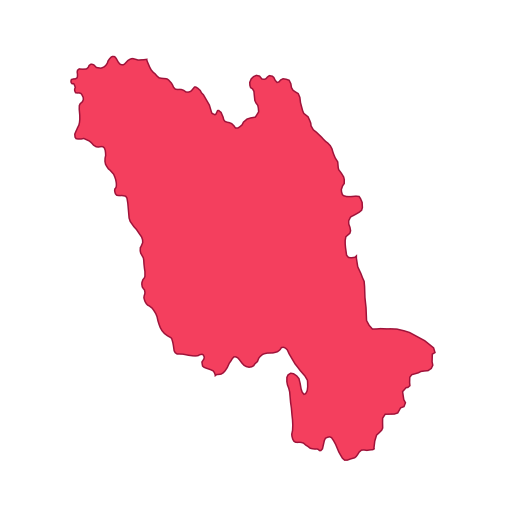 Lyepyel, Vitebsk, Belarus (Natural Earth projection), rotated 265°
{"feature_id": "67162791B29799454608156", "entity_name": "Lyepyel", "entity_type": "district", "adm_level": 2, "iso_a3": "BLR", "parent_name": "Belarus", "parent_adm1": "Vitebsk", "projection": "natural_earth1", "projection_center": [28.695, 54.828], "detail": "fine", "context": "isolated", "style": "filled", "palette": "rose", "viewbox_px": 512, "rotation_deg": 265, "n_neighbors": 0, "source": "geoboundaries", "source_scale": "gbopen_adm2", "svg_char_len": 6065}
<svg xmlns="http://www.w3.org/2000/svg" viewBox="0 0 512 512"><g transform="rotate(265 256 256)"><path d="M457.5,97.6L457.8,96.2L456.6,94.4L454.9,93.9L452.6,94.0L450.6,93.8L449.2,93.4L448.2,91.6L448.3,90.0L447.9,87.5L446.4,86.9L444.8,87.0L443.6,87.9L443.6,89.2L443.1,89.7L442.2,90.0L439.8,90.7L438.1,89.9L436.4,89.8L434.4,90.5L434.0,92.1L433.9,93.9L433.3,95.6L432.1,96.5L429.0,97.7L426.8,97.6L424.9,96.6L423.0,94.1L421.2,93.1L417.6,92.7L411.6,92.7L407.6,92.4L404.4,91.8L401.9,91.0L399.3,89.4L397.6,88.5L395.9,87.5L393.2,86.1L390.2,86.1L388.6,87.0L388.1,88.8L387.8,92.1L388.1,94.7L385.2,99.8L383.9,101.2L382.4,102.5L380.6,103.8L378.8,106.2L378.3,108.3L378.5,111.4L378.2,113.0L376.8,114.4L374.4,115.0L371.8,115.1L369.2,115.0L366.7,114.2L363.5,113.8L360.5,114.1L358.3,115.1L355.6,116.6L354.3,118.0L349.9,121.3L346.8,122.3L344.2,122.9L341.0,123.2L338.7,123.1L336.9,122.7L335.9,122.1L335.2,121.3L333.6,120.9L332.0,121.0L330.2,121.4L328.7,122.5L328.3,123.9L328.0,125.9L328.0,127.5L327.4,129.9L326.9,131.4L324.9,132.5L319.8,132.9L308.3,132.9L304.9,132.9L301.4,133.7L295.9,136.9L292.9,139.2L289.3,141.2L284.9,143.7L282.0,144.4L279.2,144.3L275.6,142.4L274.4,141.5L271.2,141.1L268.9,141.4L264.0,143.6L261.7,143.8L257.7,143.7L253.1,143.8L250.2,144.0L245.4,143.6L243.8,142.8L242.3,141.3L239.7,140.1L237.9,139.8L235.1,140.0L233.2,141.0L232.1,141.9L229.4,142.2L227.9,141.9L226.0,141.1L224.1,140.7L221.9,141.1L220.3,141.5L218.0,142.6L216.5,143.8L215.5,145.4L213.2,147.9L210.8,149.4L207.4,151.1L204.3,152.1L199.8,152.7L196.2,153.5L193.0,154.4L189.9,155.8L186.8,158.0L184.3,160.8L182.1,164.0L181.1,164.8L178.7,165.3L177.1,165.6L174.0,165.9L168.7,166.2L166.7,167.1L165.3,168.8L165.0,171.6L164.6,174.6L163.7,177.8L163.0,180.1L162.0,184.7L161.7,187.4L161.8,189.6L162.6,191.4L162.8,193.7L162.1,194.8L159.9,195.7L157.9,195.1L155.1,192.9L152.8,193.0L151.0,193.2L149.7,194.5L148.8,196.2L146.7,200.9L145.3,203.3L143.6,204.3L141.3,205.0L140.4,205.0L141.3,206.4L141.3,208.8L141.4,210.9L142.5,213.2L144.3,215.2L147.3,217.6L151.5,220.0L153.7,221.9L155.9,223.5L157.5,225.3L157.3,227.1L156.2,228.9L154.2,230.4L150.5,232.7L148.1,234.6L146.7,236.7L145.8,239.4L146.0,242.0L146.9,244.1L148.7,245.5L150.7,248.2L153.9,249.8L155.5,251.3L157.4,254.0L157.9,255.7L158.3,258.7L158.0,264.5L158.4,267.2L158.8,269.1L160.2,271.3L161.1,272.2L162.6,273.4L162.7,275.3L162.2,276.5L161.3,277.7L159.8,279.0L155.6,280.5L145.1,285.5L141.5,287.9L138.1,290.0L132.2,294.3L127.8,296.4L125.8,296.4L121.2,296.1L117.9,295.4L116.5,294.8L114.5,293.4L114.0,291.7L116.4,290.1L119.9,289.3L124.9,288.9L130.1,288.1L133.0,286.1L135.4,283.2L136.2,280.4L134.8,277.6L132.4,276.2L128.2,275.8L124.9,276.1L121.4,277.1L117.6,277.7L113.5,277.7L107.0,277.7L101.6,278.0L94.5,278.0L89.6,278.1L84.3,277.9L79.0,277.2L75.4,276.1L73.4,276.1L70.4,276.6L68.2,277.6L67.1,279.0L66.7,281.0L66.7,282.6L66.4,284.6L65.5,287.0L63.2,289.2L61.8,291.1L59.8,293.2L59.2,294.9L58.6,297.6L58.4,300.0L57.9,301.2L56.6,302.3L56.5,303.6L58.1,305.4L66.2,308.0L68.4,309.3L69.1,311.2L69.5,313.5L68.5,315.4L65.3,317.2L61.4,318.9L53.6,321.4L50.5,322.8L47.0,324.5L44.9,326.5L44.7,329.2L45.6,332.5L46.4,336.7L47.5,338.3L49.3,339.9L51.7,341.7L53.4,344.1L53.4,346.5L52.7,349.5L52.9,352.8L52.9,355.5L53.6,356.9L54.7,356.8L61.3,358.2L67.1,360.5L68.9,362.9L71.5,366.0L73.6,367.2L79.4,367.6L83.4,368.0L87.1,370.9L86.5,380.0L87.3,383.5L92.1,386.8L93.1,390.3L96.8,392.1L100.0,390.7L108.1,390.2L111.8,394.1L111.8,395.8L113.4,398.0L116.6,398.0L121.8,398.6L124.2,400.8L125.5,407.6L126.6,410.2L126.8,413.9L126.8,417.4L128.7,420.8L131.8,422.6L135.3,422.2L142.9,423.1L144.2,425.9L149.0,424.9L156.9,416.7L166.4,402.3L168.5,397.2L170.9,390.0L171.7,383.9L172.0,379.8L172.8,373.7L172.8,369.8L173.1,365.6L177.0,362.7L182.0,360.5L195.0,361.1L205.0,360.9L216.3,361.5L221.3,361.5L225.0,360.2L229.2,359.0L236.4,356.4L245.1,355.8L247.3,356.0L246.1,354.5L245.9,350.6L246.5,348.0L248.9,346.3L256.5,345.9L260.2,345.9L263.8,346.2L267.4,347.2L270.5,351.5L272.9,352.4L276.3,352.1L279.7,351.2L283.0,351.4L286.2,353.3L287.0,354.3L287.8,356.4L289.2,359.6L290.6,362.6L292.4,365.2L295.0,366.2L300.1,366.4L304.1,365.1L306.3,363.9L306.9,360.8L306.9,355.6L307.3,351.5L308.4,348.6L309.6,347.4L312.4,346.8L314.8,346.8L318.4,348.4L320.5,350.2L324.3,350.6L327.1,350.2L330.9,348.3L334.8,345.9L336.8,345.6L342.6,345.6L346.9,343.4L350.7,342.2L353.1,341.6L356.2,341.0L359.4,339.6L362.2,337.4L364.0,335.4L366.6,333.2L368.5,331.8L374.1,326.9L376.7,324.1L380.8,322.2L383.6,322.1L386.4,321.3L390.1,320.0L393.9,316.0L396.7,315.1L404.8,313.7L410.2,313.5L414.1,312.2L415.9,309.7L417.9,307.3L420.7,306.0L424.6,305.7L428.2,304.3L429.4,301.6L430.2,298.4L429.2,295.9L427.4,294.0L427.0,292.1L429.4,290.4L432.3,289.3L433.7,287.9L434.5,285.0L433.3,283.0L431.7,281.3L431.3,279.7L431.7,277.4L434.9,275.2L435.9,272.1L434.9,269.2L432.9,266.7L429.5,264.9L426.5,264.8L424.2,265.3L422.8,267.1L420.2,268.3L416.8,268.3L411.1,268.4L408.5,269.3L405.9,270.9L403.4,271.2L399.4,271.2L396.4,269.0L394.4,267.4L394.0,262.7L393.2,259.0L390.5,255.2L387.9,253.6L386.3,251.4L385.1,249.2L385.3,246.7L387.7,245.3L390.0,243.3L391.2,241.0L391.8,238.8L392.8,236.8L394.6,235.7L397.2,235.3L402.1,233.7L403.3,232.4L404.2,231.6L404.2,230.4L400.9,228.5L400.3,227.4L401.9,224.6L403.5,224.1L410.4,222.7L421.1,217.7L423.3,215.9L425.7,214.9L428.2,212.6L429.6,210.7L429.7,209.5L426.2,206.0L425.6,204.9L425.1,202.7L425.5,200.5L427.3,198.4L428.3,196.3L428.6,194.6L428.7,192.5L429.2,190.2L431.2,188.6L433.5,187.8L435.6,186.8L438.9,184.3L440.1,182.9L440.5,181.6L441.2,177.6L441.9,175.0L444.1,172.9L446.2,171.4L448.1,169.5L450.5,167.8L453.5,166.5L459.0,164.7L461.1,164.2L461.4,164.3L461.3,160.8L461.4,158.7L461.4,156.5L461.5,155.5L462.1,154.1L463.4,150.5L463.4,149.1L462.9,147.4L461.9,145.4L458.6,141.7L458.0,140.2L458.4,138.2L459.2,137.0L461.3,135.6L465.1,133.9L466.9,132.6L467.3,130.7L466.9,129.2L465.2,127.3L463.2,125.6L461.2,124.8L459.3,123.3L457.8,121.5L457.1,119.7L456.6,117.8L457.7,113.4L459.3,112.1L460.6,111.0L461.4,109.0L461.4,108.1L460.3,106.3L458.6,105.4L457.2,103.6L457.1,102.6L457.2,99.6L457.5,97.6Z" fill="#f43f5e" stroke="#9f1239" stroke-width="1.5"/></g></svg>